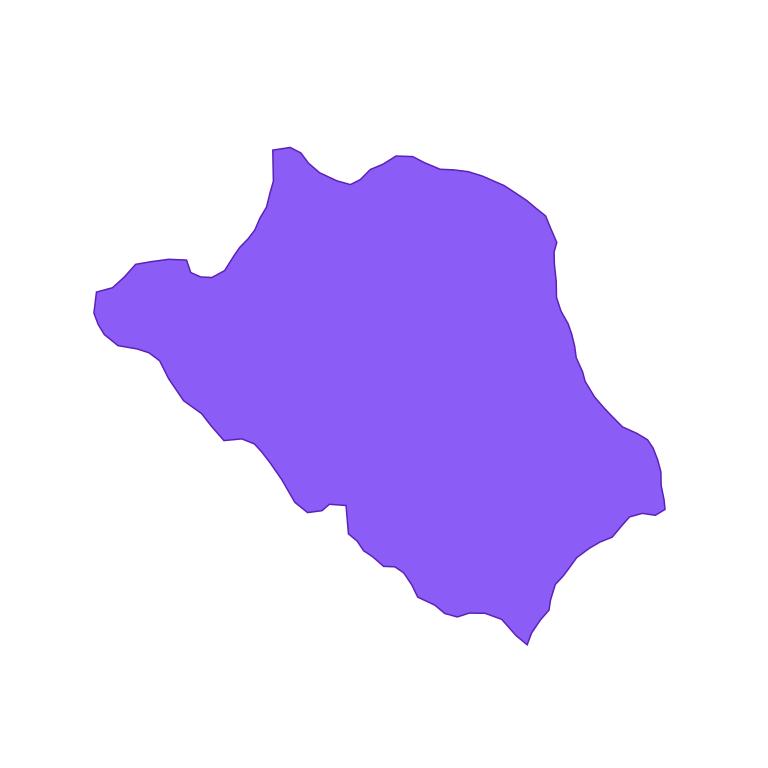 Bálsamo, São Paulo, Brazil (orthographic projection), rotated 281°
{"feature_id": "56859067B63877088717769", "entity_name": "Bálsamo", "entity_type": "district", "adm_level": 2, "iso_a3": "BRA", "parent_name": "Brazil", "parent_adm1": "São Paulo", "projection": "orthographic", "projection_center": [-49.552, -20.704], "detail": "fine", "context": "isolated", "style": "filled", "palette": "violet", "viewbox_px": 768, "rotation_deg": 281, "n_neighbors": 0, "source": "geoboundaries", "source_scale": "gbopen_adm2", "svg_char_len": 1631}
<svg xmlns="http://www.w3.org/2000/svg" viewBox="0 0 768 768"><g transform="rotate(281 384 384)"><path d="M610.1,352.3L599.6,341.1L592.0,329.7L580.1,321.7L573.3,312.9L574.5,298.7L579.1,280.4L586.4,267.7L595.0,258.2L598.3,246.8L592.4,230.2L562.0,236.7L549.1,235.6L535.2,234.9L523.3,230.6L510.5,227.8L500.6,222.9L490.7,216.4L481.4,212.3L464.9,205.9L455.7,194.7L454.1,183.7L456.5,173.1L468.0,166.5L465.3,148.8L459.7,132.2L454.1,117.4L439.2,108.5L426.7,99.1L419.4,84.2L398.3,85.7L388.0,92.0L379.1,100.1L370.9,115.6L371.3,135.0L369.8,147.3L364.0,159.3L348.1,171.6L329.4,190.4L320.1,210.6L309.8,222.4L297.9,237.7L303.0,254.9L300.4,268.3L294.3,276.5L285.5,286.6L270.6,301.9L250.8,319.1L243.2,333.5L247.8,347.3L255.5,353.3L257.5,369.9L230.1,377.7L224.7,387.6L216.4,395.8L212.2,405.9L204.9,418.4L206.6,429.6L202.3,439.5L192.1,449.6L181.2,457.8L176.6,476.1L170.3,487.5L169.3,500.4L175.4,511.4L178.2,526.9L175.4,544.5L162.1,561.8L155.3,574.3L167.8,576.4L182.3,582.6L193.5,589.1L203.8,588.7L219.9,590.4L230.2,596.8L239.6,601.3L250.3,606.3L261.8,616.8L270.0,626.1L277.3,637.3L290.2,644.4L300.4,650.4L306.3,662.3L306.9,675.4L314.5,683.8L323.8,681.0L337.3,675.4L350.5,672.6L361.6,667.2L372.3,660.5L379.5,653.4L383.8,641.6L387.4,626.3L395.0,615.1L402.3,604.8L411.5,593.1L425.0,580.9L433.9,576.6L446.4,567.7L457.6,563.9L468.5,558.9L478.2,553.3L489.2,543.9L501.9,536.8L517.6,533.5L534.1,528.4L546.0,525.8L555.9,526.6L570.4,516.7L579.7,510.7L585.7,499.3L591.3,489.2L597.8,473.7L601.8,463.8L604.2,452.8L606.9,440.8L608.5,426.1L607.5,411.5L605.5,398.1L609.1,380.9L612.7,368.9L610.1,352.3Z" fill="#8b5cf6" stroke="#5b21b6" stroke-width="1.5"/></g></svg>